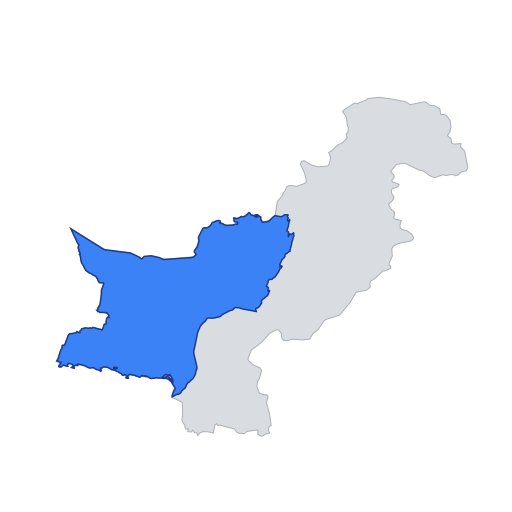 location of Baluchistan within Pakistan, rotated 13°
{"feature_id": "PAK-1108", "entity_name": "Baluchistan", "entity_type": "Province", "adm_level": 1, "iso_a3": "PAK", "parent_name": "Pakistan", "parent_adm1": "", "projection": "natural_earth1", "projection_center": [66.028, 28.477], "detail": "fine", "context": "in_parent", "style": "filled", "palette": "blue", "viewbox_px": 512, "rotation_deg": 13, "n_neighbors": 0, "source": "natural_earth", "source_scale": "10m", "svg_char_len": 9723}
<svg xmlns="http://www.w3.org/2000/svg" viewBox="0 0 512 512"><g transform="rotate(13 256 256)"><path d="M435.6,106.7L442.5,122.3L441.6,125.7L436.7,128.3L434.8,131.5L432.5,132.9L429.3,132.3L422.9,134.8L419.9,134.8L412.4,139.5L406.5,138.5L400.3,135.6L394.9,135.5L379.9,132.1L372.2,135.2L368.5,143.0L368.9,144.5L371.6,145.6L372.7,147.0L372.9,148.3L371.2,151.6L372.3,153.2L379.2,154.0L379.3,155.3L378.5,156.9L373.7,159.7L373.1,161.6L373.8,164.1L377.3,167.7L376.6,171.2L373.8,175.2L374.1,176.7L377.0,179.9L381.1,182.3L381.8,186.0L381.3,187.4L382.5,188.6L389.6,188.9L389.2,193.2L390.3,196.4L392.7,197.4L397.3,197.3L403.0,199.8L405.4,202.5L405.3,204.3L403.7,206.4L391.9,211.8L387.7,215.5L386.7,218.5L388.8,225.5L387.3,233.5L387.8,235.0L389.5,235.5L390.0,237.8L384.3,241.8L383.3,241.8L375.8,252.4L373.3,254.7L373.0,257.1L374.3,260.8L371.4,264.4L361.6,268.9L358.3,279.8L350.9,294.6L337.9,302.5L336.7,304.0L333.0,314.0L328.9,318.8L327.1,324.9L319.5,327.5L311.1,328.6L303.9,331.9L302.1,332.0L299.6,330.3L298.1,325.6L294.8,323.1L292.8,323.1L286.7,328.1L281.0,338.7L272.7,348.7L271.2,357.7L272.0,359.4L277.5,362.7L285.1,364.1L287.2,366.1L286.9,374.4L285.6,378.4L286.2,383.0L290.1,388.8L294.5,389.5L297.3,388.8L299.2,389.9L299.3,396.8L304.8,407.0L308.9,417.7L307.2,419.6L307.1,421.0L307.2,423.3L308.9,425.0L308.9,425.8L305.2,427.4L303.3,429.7L301.2,430.4L297.9,429.2L297.1,425.3L295.8,425.5L286.5,429.0L284.7,431.7L279.6,432.5L277.5,432.3L273.8,429.4L258.2,428.9L256.5,429.7L255.4,428.3L254.1,429.6L254.1,438.2L248.5,438.1L243.6,439.2L240.9,441.2L239.7,444.1L237.8,441.5L235.8,442.0L233.6,439.9L232.7,442.0L229.1,442.5L228.6,439.4L226.6,440.5L225.2,438.9L224.6,436.6L221.9,434.6L220.6,432.2L220.1,426.7L217.3,415.7L215.6,414.7L206.2,412.8L205.7,410.8L206.1,402.4L203.0,398.1L202.2,395.1L199.7,392.5L197.2,391.8L194.8,392.1L192.7,394.8L198.0,394.4L200.6,396.2L195.1,395.7L186.9,396.9L182.0,398.8L175.6,398.2L167.5,400.0L160.7,400.1L157.9,403.6L155.2,402.1L146.0,399.4L143.8,397.4L140.9,399.1L135.8,397.9L132.0,398.8L130.5,400.4L130.4,402.8L122.8,401.6L119.2,402.5L110.9,401.3L108.7,401.6L102.6,405.0L99.9,402.4L97.3,404.4L93.0,405.1L89.1,404.9L85.0,403.5L86.1,400.7L87.4,387.5L89.6,384.9L90.9,375.8L91.7,374.1L97.6,371.5L98.4,370.0L101.1,370.4L102.9,366.6L105.9,364.6L114.0,362.2L122.8,362.1L123.5,356.7L125.0,355.6L124.8,349.9L126.3,348.6L126.2,347.8L125.2,346.2L123.1,345.0L117.2,345.9L113.6,345.0L113.7,342.0L114.8,338.0L113.2,323.7L113.7,316.9L109.2,317.1L104.3,312.0L93.5,308.3L87.3,301.3L80.8,287.9L80.4,284.9L69.5,271.1L107.4,283.9L132.9,281.3L145.2,284.3L147.0,282.4L152.1,280.0L168.5,279.6L195.0,270.9L196.9,268.0L195.4,265.8L195.2,264.0L196.7,258.0L196.3,249.8L197.7,244.3L198.8,241.2L203.4,238.2L206.6,233.2L208.8,231.3L211.1,230.1L213.5,230.2L215.5,231.8L219.5,232.6L223.3,232.1L229.9,229.0L229.8,228.0L226.6,225.9L226.2,224.4L227.3,223.5L229.9,223.2L236.3,219.5L239.7,216.0L246.2,217.3L249.8,216.0L254.1,220.4L256.1,220.8L261.0,217.8L265.5,212.2L264.5,198.1L268.2,191.0L268.2,188.7L269.3,186.8L270.4,181.5L271.9,180.2L275.0,179.4L280.0,178.9L287.8,173.9L288.3,171.6L284.8,164.5L278.6,156.6L279.0,153.5L281.4,152.3L289.1,154.8L296.6,155.1L305.7,152.3L306.6,150.3L306.6,143.3L303.5,138.7L305.8,136.8L310.9,129.2L314.6,126.4L318.2,120.3L316.5,117.3L317.7,113.9L317.0,110.0L315.7,108.5L313.5,101.9L311.5,98.9L307.9,96.0L309.0,93.7L317.6,84.8L321.1,84.9L322.2,83.4L328.4,79.2L329.7,77.3L340.2,73.7L351.4,72.6L366.3,72.0L372.4,73.8L385.1,67.9L387.1,67.9L391.7,70.2L395.4,69.3L397.5,69.7L402.1,71.3L404.0,76.3L404.9,76.7L407.4,75.7L409.6,76.2L414.6,80.2L416.9,86.3L416.9,92.4L415.5,94.7L415.7,95.8L419.4,97.6L421.3,102.0L423.7,102.5L430.5,100.3L430.8,103.6L435.6,106.7Z" fill="#d9dde1" stroke="#a8b0b8" stroke-width="1"/><path d="M258.6,220.6L260.0,219.7L261.4,218.2L264.2,213.7L266.0,212.1L267.1,212.4L271.5,212.1L272.6,211.5L274.4,209.5L277.4,208.7L278.0,208.8L278.1,209.3L277.7,210.2L277.7,210.6L279.1,212.0L278.5,213.4L278.6,214.0L279.1,214.5L279.5,214.6L280.0,214.3L280.5,213.3L280.9,213.4L280.6,216.1L280.8,220.0L280.4,224.1L280.7,224.7L282.1,225.2L282.4,225.9L283.0,229.4L283.4,229.6L283.4,228.4L284.1,226.9L284.6,227.2L285.0,226.9L285.8,226.9L287.4,225.0L287.7,225.3L287.9,226.7L288.4,227.8L288.0,229.6L288.1,231.5L287.8,235.1L288.0,236.7L287.8,242.3L288.1,243.8L287.2,244.1L285.3,246.9L284.4,247.1L284.1,247.7L283.9,249.1L284.3,249.8L284.2,250.3L282.1,254.2L281.1,258.9L281.1,259.2L281.7,259.6L281.8,260.8L282.8,259.9L283.6,260.1L283.7,260.6L283.0,262.3L282.1,263.4L281.6,266.3L279.3,272.0L278.8,272.7L277.8,273.5L277.0,274.9L276.5,275.3L275.1,275.6L274.2,276.0L273.5,277.1L273.6,279.2L272.9,283.1L273.2,283.4L274.3,283.5L275.0,284.0L275.2,284.3L275.2,286.3L275.8,287.2L276.6,286.6L276.9,286.6L277.0,287.5L276.2,291.8L275.9,292.3L274.7,293.5L273.5,295.5L272.0,297.0L271.7,297.5L271.5,299.3L272.1,300.4L270.8,304.1L269.6,306.0L267.9,306.9L267.5,307.4L267.6,307.9L268.8,310.0L254.5,310.6L250.5,310.3L247.3,311.0L246.7,311.6L245.3,313.9L243.0,315.0L236.4,320.6L234.7,323.1L229.1,325.9L226.0,326.7L223.4,327.1L222.5,327.6L221.1,331.1L219.4,333.3L217.9,336.3L217.4,337.6L216.3,344.0L216.5,347.7L216.8,362.0L216.9,363.3L217.4,365.2L223.4,377.3L223.8,379.1L223.4,381.6L223.5,384.4L223.2,386.3L222.0,389.8L220.1,392.4L219.4,393.8L218.4,394.6L217.1,397.4L217.1,398.9L216.4,401.0L214.0,404.0L213.7,405.7L212.4,407.6L211.5,408.2L210.0,408.6L206.2,411.9L206.2,411.7L205.7,411.4L206.1,406.4L207.0,404.3L207.0,403.7L206.5,402.3L202.5,398.5L202.7,397.9L203.3,398.1L203.5,397.5L203.4,396.7L202.6,395.9L202.1,394.1L201.7,394.4L201.5,394.0L201.2,394.1L200.9,393.3L199.9,391.9L198.7,392.0L198.4,391.7L198.5,391.1L197.6,391.6L196.8,391.7L195.7,391.5L195.3,391.8L194.4,392.0L193.5,392.8L192.8,394.3L192.2,394.8L191.8,395.4L194.6,394.9L195.3,394.1L195.7,393.9L195.7,393.4L197.5,393.1L197.9,393.6L198.8,394.0L199.6,395.2L200.4,394.8L200.8,394.8L201.2,395.2L200.4,396.0L201.3,396.6L201.7,397.1L201.4,397.5L198.1,395.6L197.0,395.4L196.2,395.6L195.5,395.4L193.4,396.2L191.2,396.2L187.8,397.0L186.3,397.0L184.1,398.1L183.1,398.3L181.4,399.1L177.0,397.9L175.5,398.4L175.0,398.3L175.3,397.7L173.9,397.9L172.9,398.5L172.1,398.0L171.5,398.3L170.4,400.0L169.7,400.4L167.4,399.9L165.5,399.8L164.1,399.6L163.4,399.5L162.7,399.8L161.5,399.5L160.0,399.6L158.8,400.4L158.2,401.6L158.0,402.3L158.2,403.0L159.1,403.4L159.2,403.7L157.9,404.1L156.6,403.9L157.2,402.8L157.2,402.3L156.8,401.7L155.7,401.2L154.6,401.0L154.0,401.9L152.8,402.2L152.3,402.0L150.9,400.8L148.7,400.4L148.2,399.8L146.7,399.8L144.6,399.3L144.9,397.9L144.4,397.4L144.4,396.7L144.9,396.5L145.7,396.7L146.0,396.6L146.1,396.2L145.4,396.0L143.8,396.3L143.5,396.1L141.9,397.1L142.4,396.9L142.7,397.6L143.2,397.0L143.6,397.0L144.3,398.5L143.8,399.1L142.1,399.2L141.7,399.1L141.1,399.3L137.8,398.2L136.2,397.9L134.6,398.0L132.3,398.5L131.5,399.1L130.5,400.6L130.3,400.8L129.9,400.6L130.2,401.4L131.0,402.6L130.9,403.1L130.6,403.3L128.5,402.5L127.7,402.4L126.1,402.6L123.0,401.5L122.2,401.4L119.5,402.6L117.4,402.4L113.4,401.4L107.7,401.3L106.5,401.5L106.2,402.1L106.2,402.5L106.7,402.8L106.3,403.0L105.7,402.8L105.0,403.0L103.8,403.7L103.3,404.4L103.2,405.3L103.5,405.6L104.3,405.9L104.2,406.3L102.0,406.3L101.2,406.0L102.0,405.3L102.6,405.1L102.7,404.8L102.2,403.6L101.2,402.8L98.6,402.6L97.1,403.2L96.6,404.2L96.9,404.6L97.0,405.2L97.5,405.8L96.9,406.0L93.5,405.7L92.4,405.9L91.5,407.7L90.2,408.3L89.4,408.4L88.8,408.2L88.5,407.8L88.9,406.9L88.8,406.5L89.5,405.6L89.7,404.7L90.1,403.9L90.1,403.5L89.7,403.5L89.3,403.9L88.0,403.1L85.5,403.1L86.2,400.7L86.9,391.4L87.1,390.8L87.6,390.2L87.7,389.2L87.3,387.0L87.8,386.3L89.2,386.1L89.6,385.6L90.9,375.7L91.5,374.1L92.1,373.6L94.9,372.7L96.2,371.9L97.7,371.6L98.4,369.9L101.2,370.5L101.7,370.3L101.3,368.7L102.5,367.0L102.4,366.3L103.9,365.3L104.8,365.2L105.4,364.5L109.5,364.0L110.6,363.3L111.3,363.5L112.0,363.4L112.6,363.0L113.0,362.3L113.3,362.2L120.7,362.6L121.4,362.4L122.4,362.8L122.9,362.2L123.2,361.1L123.4,356.9L123.6,356.5L124.9,356.1L125.2,355.8L125.3,355.3L124.6,353.8L124.6,350.3L125.3,348.9L125.7,348.6L126.7,348.8L125.5,346.4L123.3,344.8L121.8,345.2L120.5,345.2L116.6,346.1L115.2,345.5L114.5,345.8L113.1,344.6L113.7,344.4L114.0,343.6L113.9,342.9L113.5,342.3L114.7,339.3L114.9,338.1L114.1,328.6L113.1,323.9L113.9,317.8L113.8,316.8L113.3,316.5L109.4,317.3L107.5,315.3L106.9,313.9L105.8,313.3L105.1,312.3L104.5,311.9L101.4,311.2L99.5,310.3L97.2,310.0L93.5,308.4L91.3,306.0L90.4,304.7L88.0,302.3L87.3,301.5L86.7,299.9L86.0,299.1L85.7,297.6L84.7,295.2L83.7,294.3L84.2,293.7L84.2,293.1L83.6,292.8L83.1,291.5L82.2,290.9L81.9,289.6L80.9,288.2L80.7,287.6L81.0,285.5L80.8,284.8L79.5,283.9L69.5,271.1L105.0,283.4L107.4,283.9L132.9,281.3L142.3,283.3L144.9,284.5L145.6,284.2L147.0,281.7L147.8,281.3L154.1,279.3L162.1,279.3L166.0,280.1L167.1,280.1L194.2,271.8L196.0,270.3L197.1,268.6L197.5,268.3L194.9,265.8L194.7,265.4L195.1,263.9L196.6,260.7L196.7,260.1L196.7,258.4L197.1,254.7L196.9,253.5L196.2,252.4L195.8,251.3L195.8,250.0L198.1,240.9L198.7,240.3L202.4,239.4L205.0,236.4L205.8,233.2L206.3,232.8L207.2,232.6L209.1,230.9L211.5,229.8L212.9,229.8L213.2,230.0L213.4,230.4L213.4,231.0L213.1,231.6L213.3,231.9L214.6,232.2L216.0,231.9L217.8,232.7L220.8,232.8L222.9,232.0L226.3,231.2L228.9,229.5L230.5,229.3L230.8,228.7L230.7,227.5L229.8,227.3L227.9,227.5L227.0,227.1L226.6,226.7L226.5,225.6L225.7,224.2L226.0,223.7L228.9,224.0L230.9,222.7L232.3,221.1L233.0,220.7L234.0,220.8L235.2,220.6L235.8,219.9L237.0,219.2L237.3,218.2L238.1,217.4L239.1,215.4L239.6,215.3L240.7,215.8L241.8,217.0L244.2,217.1L247.5,218.2L248.7,217.4L248.5,217.1L246.1,217.0L245.7,216.8L245.6,216.5L247.1,215.6L248.1,215.4L250.3,216.5L251.9,216.9L252.3,218.9L254.0,221.2L254.6,221.7L255.5,221.5L257.8,220.5L258.6,220.6Z" fill="#3b82f6" stroke="#1e3a8a" stroke-width="1.5"/></g></svg>